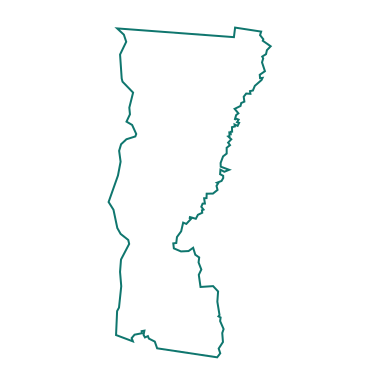 San Javier, Santa Fe, Argentina, rotated 178°
{"feature_id": "61730980B70528593712709", "entity_name": "San Javier", "entity_type": "district", "adm_level": 2, "iso_a3": "ARG", "parent_name": "Argentina", "parent_adm1": "Santa Fe", "projection": "natural_earth1", "projection_center": [-60.274, -30.036], "detail": "medium", "context": "isolated", "style": "outline", "palette": "teal", "viewbox_px": 384, "rotation_deg": 178, "n_neighbors": 0, "source": "geoboundaries", "source_scale": "gbopen_adm2", "svg_char_len": 1936}
<svg xmlns="http://www.w3.org/2000/svg" viewBox="0 0 384 384"><g transform="rotate(178 192 192)"><path d="M172.6,25.9L169.4,29.8L170.8,34.6L166.3,41.0L166.7,50.0L165.2,53.9L168.4,62.0L167.8,65.6L169.9,66.8L168.8,68.1L170.5,81.5L169.4,91.7L174.2,97.2L186.8,96.8L188.1,109.0L185.4,114.2L187.9,121.4L187.1,126.3L190.9,129.2L192.8,136.2L197.5,133.1L205.1,133.0L212.1,136.3L212.5,141.3L209.5,141.6L208.6,147.5L204.2,153.1L201.9,161.7L198.8,160.3L194.0,165.1L195.2,166.0L194.9,167.0L189.1,165.1L186.9,169.0L182.5,170.9L182.7,173.4L181.1,174.0L183.2,176.9L181.8,180.0L179.5,180.0L180.1,185.3L177.7,185.4L177.4,189.8L171.1,189.7L166.4,193.2L167.3,197.2L165.6,199.7L166.7,200.4L162.1,202.0L160.3,204.9L160.3,207.1L163.3,208.8L162.8,213.3L159.0,211.1L154.1,212.9L162.4,216.3L162.4,220.0L159.7,226.5L156.0,229.2L155.8,235.0L152.4,237.5L154.2,240.1L150.9,243.3L153.9,246.3L152.5,246.7L152.6,249.7L151.3,248.9L151.4,250.8L149.8,250.9L149.8,255.4L146.9,256.0L147.1,258.0L144.1,256.5L142.5,259.5L144.5,260.2L142.9,262.7L145.8,263.9L146.8,262.5L145.2,267.3L142.9,269.0L146.5,273.6L140.5,276.3L139.7,279.2L136.5,280.5L137.0,285.4L134.4,288.5L130.2,288.1L130.5,290.8L127.6,291.3L125.5,295.9L118.6,301.5L117.5,303.6L120.0,303.4L120.2,306.8L114.9,310.2L117.5,319.1L116.2,323.0L117.1,324.9L113.2,327.2L112.2,331.1L108.3,334.9L116.0,340.7L115.4,342.2L118.5,346.4L117.3,349.9L143.2,354.8L144.7,345.3L261.1,358.1L254.6,351.6L252.5,344.4L259.1,331.9L258.3,307.9L257.6,304.7L247.4,293.4L251.7,278.5L251.3,271.8L255.0,264.6L249.5,261.1L245.7,251.9L246.7,249.5L255.7,247.0L261.2,242.2L263.4,235.7L262.3,224.8L265.4,211.1L275.7,184.9L271.1,177.0L267.9,158.6L264.8,152.6L257.4,146.3L256.6,142.3L265.3,127.0L266.7,114.7L266.0,100.3L269.0,79.0L271.0,75.6L272.9,51.7L256.3,44.8L257.4,48.1L254.4,51.4L247.0,52.6L247.2,54.7L244.4,55.1L245.4,50.9L244.1,48.3L241.1,49.5L240.2,47.0L234.4,43.8L232.3,37.0L172.6,25.9Z" fill="none" stroke="#0f766e" stroke-width="2"/></g></svg>